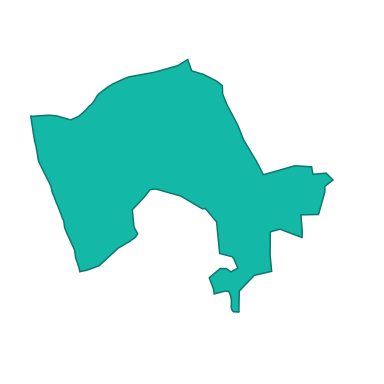 Yankwashi, Jigawa, Nigeria (Equal Earth projection), rotated 344°
{"feature_id": "59680162B90957738044815", "entity_name": "Yankwashi", "entity_type": "district", "adm_level": 2, "iso_a3": "NGA", "parent_name": "Nigeria", "parent_adm1": "Jigawa", "projection": "equal_earth", "projection_center": [8.483, 12.74], "detail": "fine", "context": "isolated", "style": "filled", "palette": "teal", "viewbox_px": 384, "rotation_deg": 344, "n_neighbors": 0, "source": "geoboundaries", "source_scale": "gbopen_adm2", "svg_char_len": 1774}
<svg xmlns="http://www.w3.org/2000/svg" viewBox="0 0 384 384"><g transform="rotate(344 192 192)"><path d="M57.9,74.6L55.6,92.7L54.8,99.3L54.6,105.3L54.1,110.1L53.8,112.9L53.5,114.8L53.4,116.3L53.1,118.0L53.1,120.1L53.1,121.0L54.3,127.7L55.4,133.7L55.8,135.6L55.9,135.8L56.0,136.6L56.1,137.2L56.4,138.9L57.1,142.3L57.3,143.7L57.8,146.0L57.8,149.6L57.7,151.5L57.6,152.8L57.7,154.7L58.3,160.7L58.6,164.6L59.0,167.3L59.9,176.6L60.1,179.7L60.1,181.1L60.8,184.2L59.7,191.2L60.5,198.2L61.6,205.3L62.4,210.7L62.6,211.5L63.0,214.3L63.0,215.6L62.7,218.3L62.3,221.1L62.0,222.4L62.1,224.8L62.1,226.2L62.2,226.9L62.3,227.8L62.3,228.4L62.3,229.7L62.4,231.9L62.4,233.0L62.5,233.7L62.4,235.6L62.2,237.7L69.2,238.2L82.4,237.3L105.6,225.6L114.9,223.2L117.1,222.8L125.1,219.9L128.3,217.1L126.6,209.7L129.7,192.7L143.3,184.6L149.2,180.5L152.1,178.2L158.0,179.1L174.2,189.2L180.0,192.7L197.3,211.0L200.3,211.6L207.4,227.5L201.6,258.7L213.1,265.5L213.9,268.4L215.1,277.8L207.4,279.5L203.9,275.1L198.0,273.3L184.9,279.2L185.9,291.1L185.2,296.1L196.5,296.4L199.9,297.6L200.5,302.0L200.0,307.1L199.1,310.1L197.9,313.6L197.8,315.3L198.2,317.4L198.8,318.5L204.0,320.4L203.9,320.5L210.1,300.3L228.9,289.3L246.7,290.2L249.7,274.2L256.3,251.9L266.3,252.0L285.2,266.1L286.9,261.3L290.4,244.0L307.4,248.5L319.6,228.8L321.3,223.2L330.9,219.3L326.1,210.8L313.1,208.3L313.9,200.8L298.2,195.1L265.4,195.1L262.4,180.3L255.9,155.8L255.2,148.1L254.5,140.7L249.6,117.4L248.5,106.2L250.5,98.1L246.7,92.8L245.4,91.4L235.3,82.0L225.1,75.5L224.4,63.5L213.2,66.6L188.7,66.5L162.7,63.9L159.4,64.2L145.6,66.3L139.1,68.2L130.1,71.7L127.3,73.4L122.1,78.3L119.3,80.1L116.4,81.3L112.3,84.1L104.0,88.0L95.2,89.2L82.7,81.4L76.0,78.8L67.1,76.8L60.8,75.6L57.9,74.6Z" fill="#14b8a6" stroke="#0f766e" stroke-width="1.5"/></g></svg>